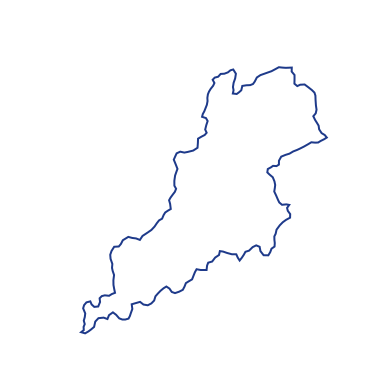 the district of Materlândia, Minas Gerais, Brazil, rotated 164°
{"feature_id": "56859067B41268860944620", "entity_name": "Materlândia", "entity_type": "district", "adm_level": 2, "iso_a3": "BRA", "parent_name": "Brazil", "parent_adm1": "Minas Gerais", "projection": "mercator", "projection_center": [-43.034, -18.467], "detail": "fine", "context": "isolated", "style": "outline", "palette": "blue", "viewbox_px": 384, "rotation_deg": 164, "n_neighbors": 0, "source": "geoboundaries", "source_scale": "gbopen_adm2", "svg_char_len": 3221}
<svg xmlns="http://www.w3.org/2000/svg" viewBox="0 0 384 384"><g transform="rotate(164 192 192)"><path d="M337.2,87.8L333.7,85.6L330.1,86.5L327.1,87.6L323.3,89.3L320.7,94.1L316.7,96.5L311.6,95.6L308.3,93.2L305.7,96.5L301.2,98.1L298.8,94.9L296.8,90.6L294.1,88.6L291.2,87.8L287.9,87.8L285.9,89.9L284.2,92.4L281.6,96.0L280.9,100.7L276.2,100.7L272.2,100.7L269.7,97.2L265.7,95.3L261.8,96.1L258.3,98.1L255.9,101.8L252.8,103.8L249.5,105.7L245.9,107.3L242.7,108.2L240.3,105.4L239.0,101.5L236.2,99.5L231.9,99.7L227.8,100.5L225.3,103.1L223.0,106.1L219.9,107.0L216.0,108.0L213.4,111.4L211.3,114.1L208.9,116.5L205.1,114.6L199.5,113.0L197.8,117.1L195.9,119.6L191.8,119.6L187.8,122.6L183.4,124.0L181.5,127.5L178.6,126.2L175.2,123.8L170.9,121.2L166.6,119.9L166.1,116.3L165.1,113.0L162.2,115.1L159.5,117.4L157.1,119.8L153.3,119.9L148.9,122.3L145.0,123.0L142.1,120.7L142.5,116.3L140.6,111.5L136.1,110.1L133.4,112.6L131.2,115.6L127.7,116.8L126.5,120.1L126.0,123.2L125.1,126.6L123.1,128.8L121.1,132.5L116.8,135.8L113.1,137.9L109.3,139.3L104.8,140.3L103.7,143.7L105.1,147.5L105.0,150.5L102.1,152.8L104.7,154.1L109.0,154.9L111.0,157.9L111.5,160.8L112.1,165.5L112.8,169.8L111.3,173.0L110.1,175.8L109.8,179.5L110.3,183.9L112.7,187.5L114.2,190.1L112.8,193.2L109.5,193.9L106.9,194.8L103.6,193.6L100.9,194.4L99.8,198.1L96.5,201.4L91.9,201.9L87.7,202.0L83.5,203.1L79.2,203.5L76.1,204.0L71.9,204.8L67.3,205.9L63.6,206.9L60.0,205.5L57.1,204.8L54.3,205.6L50.5,206.3L47.4,207.2L48.7,210.2L51.2,212.9L52.5,217.2L52.0,220.9L52.8,223.9L53.8,227.3L54.5,231.4L51.4,233.5L49.6,236.8L49.0,241.1L47.8,246.7L46.8,250.6L46.9,253.8L48.7,257.0L51.3,260.6L54.1,264.3L58.4,265.3L61.6,264.8L63.7,267.9L62.4,272.0L61.2,276.2L63.0,280.3L61.8,284.1L67.6,285.5L70.9,286.7L74.1,288.0L78.1,287.1L82.3,286.2L87.4,285.9L90.6,285.7L94.0,285.5L98.1,284.2L101.3,280.8L103.6,279.0L106.6,278.7L110.3,279.6L114.4,280.1L116.6,276.2L119.3,274.9L122.0,273.9L125.6,275.4L124.0,278.4L123.7,281.6L121.9,285.5L119.2,289.3L117.2,293.6L118.6,298.4L121.5,298.4L124.5,297.1L128.3,296.8L131.9,297.6L135.1,295.6L138.6,295.7L141.2,294.2L140.4,290.6L142.4,288.3L145.6,286.0L148.0,283.8L149.8,281.5L151.3,278.2L152.0,275.1L153.7,271.7L156.0,268.7L158.0,266.1L160.1,264.0L161.6,261.5L158.2,259.2L157.4,255.9L159.8,252.4L162.1,248.4L161.6,244.9L164.1,243.3L167.6,242.6L171.5,241.6L172.8,237.6L174.5,233.0L179.4,231.5L185.1,231.7L188.5,232.0L192.2,234.0L196.1,233.4L198.1,231.1L200.6,228.1L200.0,222.7L199.6,218.2L201.3,215.9L203.7,212.5L205.9,207.6L207.2,202.9L206.4,199.5L208.4,196.9L211.1,194.9L214.2,192.5L216.3,190.4L216.3,186.7L217.1,181.5L220.3,180.7L223.4,179.7L225.6,177.7L228.1,174.6L231.5,173.8L234.4,171.7L237.5,169.1L241.5,166.7L246.9,164.9L251.7,163.4L255.3,160.3L258.6,162.8L262.1,164.3L265.6,166.4L268.9,165.5L271.8,164.7L274.7,161.6L277.4,159.8L281.9,160.8L285.6,157.5L287.9,154.2L288.7,150.2L288.4,144.8L289.8,141.1L290.0,138.1L289.8,133.7L291.9,128.8L293.1,124.3L293.5,120.5L293.8,116.3L297.2,116.0L300.3,115.1L304.3,116.7L307.4,116.8L310.1,115.3L310.7,111.6L313.7,107.8L317.6,108.5L319.5,111.6L319.9,114.9L323.9,115.0L326.9,113.0L328.7,110.2L328.1,104.7L329.5,101.4L331.5,98.1L331.5,94.6L333.4,92.2L334.1,89.1L337.2,87.8Z" fill="none" stroke="#1e3a8a" stroke-width="2"/></g></svg>